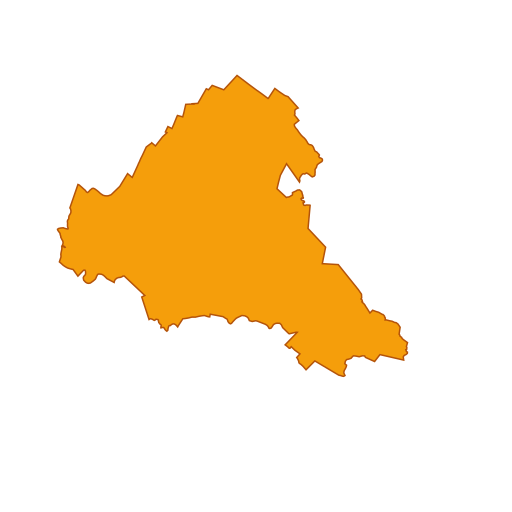 Saltabarranca, Veracruz, Mexico (Albers equal-area conic projection), rotated 313°
{"feature_id": "50627088B82399899546067", "entity_name": "Saltabarranca", "entity_type": "district", "adm_level": 2, "iso_a3": "MEX", "parent_name": "Mexico", "parent_adm1": "Veracruz", "projection": "albers", "projection_center": [-95.526, 18.547], "detail": "fine", "context": "isolated", "style": "filled", "palette": "amber", "viewbox_px": 512, "rotation_deg": 313, "n_neighbors": 0, "source": "geoboundaries", "source_scale": "gbopen_adm2", "svg_char_len": 6092}
<svg xmlns="http://www.w3.org/2000/svg" viewBox="0 0 512 512"><g transform="rotate(313 256 256)"><path d="M375.1,119.0L355.6,119.1L350.9,107.6L345.2,107.9L344.4,105.6L328.0,109.4L324.3,105.9L324.3,106.5L321.5,103.6L319.0,101.2L311.8,105.4L307.8,107.5L305.2,102.7L303.4,103.3L297.7,105.5L295.9,106.2L291.9,107.6L290.6,103.3L284.9,105.1L285.4,106.8L279.3,106.4L267.9,107.4L267.7,102.5L267.3,102.6L264.9,102.1L260.9,101.4L252.0,104.3L248.8,105.2L244.7,106.7L243.7,106.9L243.3,107.1L241.7,107.7L229.1,111.9L228.9,110.7L228.9,109.3L228.7,106.8L228.7,105.9L214.0,108.9L202.5,108.3L201.5,108.1L200.9,107.7L199.3,106.9L198.2,105.9L197.0,104.4L196.1,102.6L195.6,99.6L195.6,97.2L195.5,95.3L195.2,92.6L194.7,91.0L193.7,90.1L190.8,89.7L189.2,89.8L187.6,89.6L187.2,88.4L187.6,86.3L187.5,83.9L187.5,82.3L187.4,79.8L187.4,78.4L186.9,77.0L164.2,87.1L163.9,88.3L162.8,89.9L161.3,91.1L159.4,91.6L158.2,91.8L157.3,92.2L155.4,93.7L153.9,93.8L152.8,94.3L151.3,96.0L150.1,97.0L148.9,98.2L148.4,99.3L147.9,99.9L147.6,100.0L147.1,99.6L145.8,97.3L145.2,95.8L144.3,95.0L143.2,94.0L141.4,92.8L140.2,92.6L139.9,92.9L139.5,94.1L138.9,97.3L138.1,98.2L137.2,99.9L136.6,100.4L135.6,103.0L135.4,103.8L135.2,104.4L134.4,105.6L133.2,106.5L132.3,106.9L131.4,107.1L131.7,107.4L132.0,108.2L132.2,109.0L132.3,109.5L132.3,110.1L132.2,110.5L131.8,110.3L131.7,109.7L131.6,109.2L131.4,108.4L131.1,107.9L130.5,107.5L129.4,108.6L128.3,109.5L125.1,111.4L123.9,112.3L123.0,113.4L121.8,114.3L120.6,114.8L117.6,116.2L117.7,118.7L117.7,121.4L118.1,123.9L118.7,126.3L119.5,128.0L120.9,130.6L121.4,131.4L119.8,139.5L127.9,139.6L128.5,140.0L129.0,140.6L128.7,141.4L128.2,142.1L127.4,142.9L126.5,143.7L125.0,144.0L123.8,143.9L122.4,144.4L121.6,145.3L120.8,146.5L120.6,149.2L121.0,151.0L121.9,152.3L123.3,153.3L126.7,154.0L129.5,154.3L130.6,154.0L132.8,153.2L134.0,152.9L134.7,152.8L135.5,153.2L136.5,154.4L137.3,155.5L137.7,156.8L137.9,158.3L137.9,159.9L137.8,161.7L137.8,162.6L138.1,163.6L139.9,170.3L141.1,169.6L142.8,169.1L145.0,169.4L146.4,170.1L147.9,171.4L149.3,172.1L150.6,172.4L151.5,173.4L151.3,201.6L148.1,200.4L136.6,221.1L138.0,221.4L138.7,222.5L139.2,224.0L139.5,225.5L140.3,225.9L141.6,226.0L142.6,227.6L142.6,228.3L142.0,228.8L141.6,229.5L141.0,230.3L140.9,231.5L140.7,232.2L140.9,233.2L140.8,233.7L140.5,234.0L140.1,234.5L139.4,234.7L138.9,235.1L138.6,235.5L140.0,236.4L140.5,236.9L140.7,237.7L140.3,239.2L140.1,240.0L140.1,241.2L140.2,242.1L141.8,242.1L142.5,241.4L143.2,241.0L143.9,240.7L144.7,240.2L145.7,240.0L146.4,240.4L146.7,240.8L147.9,240.9L148.7,241.1L149.8,241.6L150.6,242.7L150.9,244.0L150.9,245.1L150.7,247.1L152.2,246.7L160.2,245.3L161.9,246.8L164.8,249.0L167.6,250.8L170.0,253.4L173.3,255.6L176.1,257.8L177.4,259.0L178.5,261.5L179.2,262.8L179.9,263.7L182.2,262.2L188.7,272.5L189.2,273.3L189.7,276.4L190.1,277.6L189.8,278.7L188.9,280.3L188.7,281.4L188.6,281.9L188.8,282.9L188.9,283.5L189.3,283.7L189.9,284.0L190.8,284.0L191.8,283.9L195.2,283.9L196.9,284.0L197.9,284.3L199.3,284.8L202.9,286.3L204.6,288.6L205.3,290.7L205.3,292.7L204.2,295.2L205.5,297.9L208.5,300.0L209.3,301.5L212.4,309.3L212.8,311.2L212.7,312.8L212.0,314.9L212.3,315.5L213.5,316.2L214.8,316.1L217.5,315.6L218.5,315.7L219.8,316.2L221.1,317.1L223.0,319.3L223.0,321.4L221.8,324.4L221.6,332.9L221.9,333.5L227.6,337.3L228.3,338.2L210.9,337.9L211.1,339.8L211.2,341.4L211.1,342.6L211.3,343.4L211.9,343.8L213.7,343.6L213.6,348.7L214.4,354.9L209.5,355.0L209.3,356.2L208.8,357.6L208.2,358.9L207.5,359.8L207.1,360.6L207.2,361.7L207.4,363.1L207.4,365.6L206.9,370.2L219.4,370.6L225.3,397.8L226.3,399.5L226.6,400.2L227.1,401.2L227.8,402.2L229.3,402.6L230.2,400.3L231.0,399.4L232.6,398.6L234.5,398.2L236.6,397.5L237.9,396.7L237.8,394.4L240.1,393.1L242.0,392.9L244.1,394.3L246.1,395.3L247.3,395.2L249.4,395.3L251.0,397.4L252.7,400.2L255.6,401.9L257.0,403.6L256.5,405.2L259.7,414.7L268.4,413.9L280.6,435.0L282.6,432.5L284.3,432.2L286.5,433.0L288.0,433.1L289.0,432.3L288.7,431.2L289.7,429.4L290.4,429.9L291.9,428.8L292.4,427.7L296.0,425.9L295.4,421.0L295.3,419.1L295.8,418.1L295.6,416.0L296.3,414.9L296.4,414.0L302.2,410.0L303.1,406.1L302.8,403.9L301.9,402.6L301.1,400.0L300.0,398.3L297.9,394.5L297.3,394.1L298.9,392.8L299.0,391.8L299.6,391.2L299.8,390.2L299.8,388.7L299.4,388.1L298.5,384.1L297.1,381.3L295.9,378.3L292.0,378.2L293.4,373.0L294.0,370.4L294.4,369.3L294.7,367.3L294.6,365.2L295.2,365.0L295.1,364.5L295.6,364.4L296.2,363.5L296.2,362.1L297.4,361.9L300.0,359.2L301.2,353.7L305.8,322.0L295.6,309.7L309.9,300.9L311.6,275.3L330.0,261.0L329.5,260.1L329.0,259.6L327.5,257.9L326.5,257.5L325.8,256.4L326.1,255.6L326.9,254.2L327.3,254.0L327.8,254.6L328.4,254.7L328.9,254.2L328.9,253.5L328.6,252.8L328.1,251.7L328.1,250.6L328.8,249.8L329.7,250.0L330.1,250.8L330.6,251.1L330.9,250.9L331.2,250.3L331.7,249.1L332.3,248.9L332.8,247.7L333.5,246.7L334.2,245.5L334.2,243.9L334.1,242.8L332.4,241.3L330.8,240.9L328.9,240.1L327.4,239.5L327.0,239.5L326.4,240.4L325.3,241.0L324.1,240.6L322.6,240.2L321.5,239.7L320.1,238.5L319.5,238.3L319.5,225.5L325.1,222.3L331.6,218.8L344.3,215.4L339.7,237.4L340.4,237.1L341.2,236.5L341.7,235.6L343.2,234.5L344.4,234.5L345.5,234.1L346.9,234.1L347.2,234.1L348.2,234.3L348.5,234.6L349.0,235.5L349.6,235.9L350.5,236.1L351.0,236.2L351.3,236.7L351.7,238.4L351.9,239.7L351.9,240.9L352.0,242.2L352.2,243.2L353.4,243.8L354.1,244.1L355.5,243.9L356.4,243.0L357.6,242.1L358.7,241.0L359.5,240.2L362.2,239.7L363.4,239.0L364.6,238.6L366.3,238.8L370.1,239.8L371.4,239.3L372.1,238.4L372.0,237.3L371.7,236.3L371.2,235.5L371.6,234.0L373.1,233.5L373.3,232.4L373.3,231.5L373.5,229.4L373.2,228.6L373.0,227.7L373.8,225.6L374.6,224.1L375.0,222.6L375.1,221.5L374.7,220.2L374.1,219.5L373.7,218.3L373.8,217.1L374.3,215.6L375.0,213.0L375.2,210.4L375.1,208.9L375.2,206.7L375.5,204.5L375.8,202.9L376.5,200.0L376.6,198.3L377.2,195.7L378.0,194.6L378.5,194.2L384.3,195.0L384.8,192.1L385.3,188.0L386.5,187.6L387.7,186.2L389.2,185.0L390.6,185.0L392.1,185.5L393.0,185.9L394.4,170.8L393.0,167.5L392.9,166.8L392.0,161.1L391.4,155.5L379.6,157.5L379.4,157.4L378.6,150.0L377.9,144.5L377.8,144.3L376.6,133.6L375.1,119.0Z" fill="#f59e0b" stroke="#b45309" stroke-width="1.5"/></g></svg>